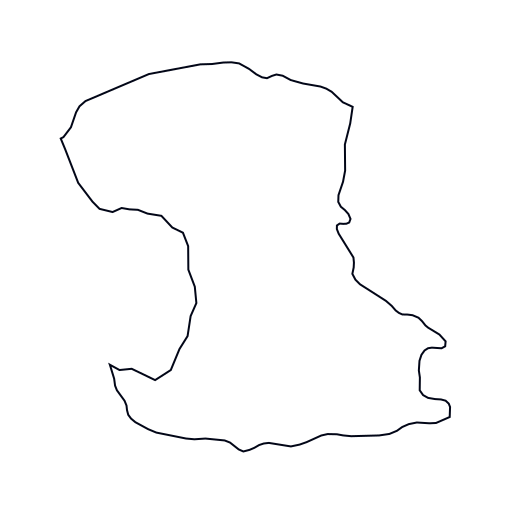 the border of Toyama, rotated 260°
{"feature_id": "JPN-1846", "entity_name": "Toyama", "entity_type": "Prefecture", "adm_level": 1, "iso_a3": "JPN", "parent_name": "Japan", "parent_adm1": "", "projection": "robinson", "projection_center": [137.15, 36.624], "detail": "fine", "context": "isolated", "style": "outline", "palette": "ink", "viewbox_px": 512, "rotation_deg": 260, "n_neighbors": 0, "source": "natural_earth", "source_scale": "10m", "svg_char_len": 1857}
<svg xmlns="http://www.w3.org/2000/svg" viewBox="0 0 512 512"><g transform="rotate(260 256 256)"><path d="M174.3,93.2L167.4,101.8L166.5,114.0L151.3,135.1L158.5,152.3L177.7,164.5L189.0,174.7L208.2,181.2L220.0,189.1L236.4,190.4L254.3,187.0L277.5,190.9L291.6,188.1L298.6,178.5L312.0,169.8L316.6,156.5L322.0,147.7L323.9,139.5L326.6,132.0L324.2,122.4L329.6,110.1L337.9,104.4L358.9,93.6L394.3,86.6L405.6,84.1L406.5,87.0L414.9,96.1L428.8,103.8L434.1,108.2L438.2,115.0L453.8,182.2L454.4,234.5L452.7,246.0L452.2,257.4L451.0,265.5L448.6,272.8L441.4,281.7L434.9,287.8L430.9,293.0L429.2,297.7L430.6,303.0L431.2,307.6L428.9,313.6L423.2,320.8L417.7,332.3L411.7,348.9L408.6,354.3L404.5,359.1L392.3,368.2L386.1,377.1L370.2,371.8L350.4,362.9L324.6,358.6L314.0,354.6L301.6,347.8L295.0,346.4L289.8,348.1L285.8,351.5L281.3,354.3L276.1,355.5L272.8,353.6L272.1,350.6L272.5,347.5L273.4,344.0L272.0,341.0L268.5,340.3L263.6,341.3L237.6,351.7L232.5,351.3L227.7,350.2L221.7,347.8L215.4,349.8L210.1,353.5L189.2,376.2L183.3,381.0L178.1,384.1L175.1,386.9L173.0,390.0L172.0,395.1L170.5,399.9L167.0,405.3L163.0,408.2L158.2,410.8L155.5,413.1L146.8,423.0L139.0,427.9L134.2,426.6L132.9,422.7L135.2,413.3L135.3,409.4L133.7,405.6L130.0,401.8L124.4,398.8L115.0,396.5L107.9,396.3L95.3,393.9L90.0,396.4L86.4,400.8L84.0,407.5L82.6,413.3L80.6,417.6L77.1,420.2L73.6,420.9L63.8,418.8L60.3,404.3L61.1,397.9L64.1,385.5L63.9,377.3L62.2,370.3L59.4,364.5L57.6,356.5L57.9,346.1L62.0,318.5L64.2,310.6L66.4,304.7L68.2,295.6L67.9,289.1L63.9,273.5L62.7,266.2L62.4,257.3L69.7,236.2L70.0,231.1L69.3,226.3L67.4,221.1L66.2,216.0L65.7,209.6L68.5,205.4L76.8,198.0L79.8,193.1L85.0,174.5L86.2,163.5L88.4,155.4L99.4,127.2L104.2,119.7L113.3,108.3L117.6,104.7L121.8,102.6L126.6,102.2L131.2,102.5L136.3,101.4L147.9,95.7L152.8,94.7L159.8,95.0L173.6,93.3L174.3,93.2Z" fill="none" stroke="#020617" stroke-width="2"/></g></svg>